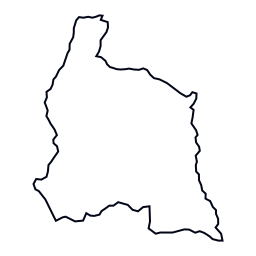 Novo Cabrais, Rio Grande do Sul, Brazil
{"feature_id": "56859067B95715574386696", "entity_name": "Novo Cabrais", "entity_type": "district", "adm_level": 2, "iso_a3": "BRA", "parent_name": "Brazil", "parent_adm1": "Rio Grande do Sul", "projection": "albers", "projection_center": [-52.991, -29.748], "detail": "fine", "context": "isolated", "style": "outline", "palette": "ink", "viewbox_px": 256, "rotation_deg": 0, "n_neighbors": 0, "source": "geoboundaries", "source_scale": "gbopen_adm2", "svg_char_len": 1709}
<svg xmlns="http://www.w3.org/2000/svg" viewBox="0 0 256 256"><path d="M222.5,240.6L221.1,233.7L215.6,227.5L218.2,224.0L218.1,218.8L216.0,213.8L216.0,210.1L212.8,206.9L210.2,201.1L205.5,198.6L205.7,193.7L202.2,190.5L201.2,185.1L199.0,180.3L198.9,174.4L196.2,171.6L195.8,165.2L196.9,161.7L195.7,155.7L199.8,150.8L199.1,146.7L196.1,142.4L195.5,137.5L197.6,134.9L196.1,130.3L191.4,123.4L192.6,117.4L193.6,109.9L190.4,107.4L193.7,103.7L196.3,98.5L196.5,93.5L192.4,92.2L190.1,95.2L186.5,96.7L183.2,94.9L180.2,93.1L176.7,90.4L167.0,83.1L159.6,79.4L153.9,78.1L150.2,74.6L147.1,70.0L143.2,68.4L139.1,69.8L134.0,69.5L129.1,68.6L125.1,69.2L120.8,69.5L116.9,69.2L112.9,67.9L109.9,67.0L107.1,64.3L105.5,60.9L101.1,57.2L96.3,56.2L99.0,51.6L100.6,46.1L100.6,40.2L106.5,32.0L108.0,27.4L107.7,22.1L100.8,19.9L102.5,15.7L99.3,15.4L96.1,16.7L92.4,17.7L88.2,16.8L83.4,17.7L79.0,17.1L76.2,20.4L73.8,28.3L73.8,32.3L73.2,37.2L69.7,43.8L69.5,49.9L67.6,53.0L63.3,65.7L59.2,69.9L55.9,76.7L53.4,79.5L52.6,84.6L50.6,88.9L46.5,91.9L46.9,97.4L44.7,102.5L46.1,106.1L47.7,110.5L46.4,116.1L48.4,119.4L50.6,123.7L54.6,129.6L56.9,135.1L53.3,139.6L53.6,143.3L57.0,146.2L58.2,151.5L53.8,157.8L51.3,161.6L48.5,165.0L47.9,171.6L46.5,176.8L41.3,179.6L36.2,179.0L33.5,184.0L35.4,189.3L38.8,191.1L45.4,199.5L55.9,220.8L62.7,217.3L65.7,216.7L75.1,221.4L83.1,220.6L86.3,213.2L90.3,215.6L94.3,215.9L99.5,214.6L101.5,211.1L105.5,208.4L109.2,205.7L113.4,205.7L118.2,202.2L127.8,204.9L132.6,209.8L138.0,211.3L143.1,207.1L149.5,206.3L150.0,221.4L148.6,228.4L155.7,233.7L160.4,232.5L172.7,232.5L184.3,229.4L189.2,229.6L195.2,232.7L199.7,231.2L204.2,232.9L209.4,236.2L212.6,239.1L218.4,240.6L222.5,240.6Z" fill="none" stroke="#020617" stroke-width="2"/></svg>